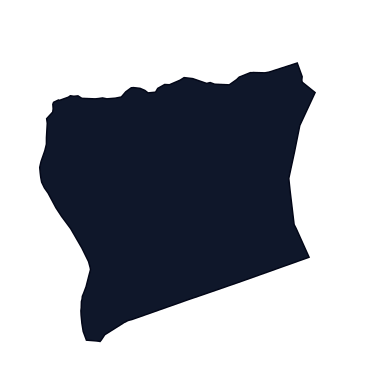 Reifi Wad Elhilaiw, Gedarif, Sudan, rotated 76°
{"feature_id": "16777658B67194501280165", "entity_name": "Reifi Wad Elhilaiw", "entity_type": "district", "adm_level": 2, "iso_a3": "SDN", "parent_name": "Sudan", "parent_adm1": "Gedarif", "projection": "mercator", "projection_center": [36.021, 14.605], "detail": "fine", "context": "isolated", "style": "filled", "palette": "ink", "viewbox_px": 384, "rotation_deg": 76, "n_neighbors": 0, "source": "geoboundaries", "source_scale": "gbopen_adm2", "svg_char_len": 1749}
<svg xmlns="http://www.w3.org/2000/svg" viewBox="0 0 384 384"><g transform="rotate(76 192 192)"><path d="M310.2,330.3L313.2,321.3L314.2,318.6L314.8,317.4L313.7,315.9L309.4,311.2L302.7,290.9L302.2,289.6L302.0,288.2L301.4,286.0L301.2,284.6L301.2,281.2L295.5,221.2L294.2,205.5L290.5,164.3L283.6,94.2L252.5,99.8L248.3,100.8L214.3,96.5L202.2,94.8L178.0,82.9L153.5,71.3L125.3,48.5L112.1,58.5L110.0,58.4L106.7,57.2L92.3,58.7L94.3,88.4L94.0,92.5L91.5,101.5L90.9,103.5L90.9,103.8L90.4,106.4L90.3,106.5L91.9,118.2L91.9,118.3L93.3,120.8L93.6,121.1L96.9,129.6L97.0,129.9L97.0,130.0L92.9,143.9L92.7,144.2L90.2,147.9L90.2,148.0L90.2,151.5L82.2,163.8L82.1,164.0L79.1,172.0L80.6,176.5L80.7,176.9L80.7,177.1L82.4,187.5L82.5,188.1L82.4,188.2L81.1,192.4L81.1,192.6L83.1,199.9L83.2,200.2L86.2,203.1L86.3,203.3L85.2,210.7L82.1,213.1L81.9,213.3L79.1,217.0L78.9,217.2L76.7,223.1L76.6,223.3L76.2,225.6L76.2,225.8L78.8,232.1L81.1,235.3L82.7,237.6L82.4,243.7L81.0,252.1L79.1,256.0L78.7,260.0L78.2,263.4L78.2,263.6L78.1,263.8L74.5,276.1L74.4,276.3L71.1,279.4L71.1,279.6L70.5,283.7L70.4,283.8L69.2,286.7L69.2,286.8L70.0,288.8L70.1,289.1L70.1,289.3L71.0,298.1L71.0,298.3L70.4,299.3L71.5,304.6L73.2,305.8L77.7,306.6L80.7,307.8L80.8,307.9L85.5,315.0L85.7,315.3L90.3,315.8L104.1,320.1L110.4,321.7L116.3,324.8L125.3,330.7L126.3,331.3L131.3,333.8L136.4,334.6L141.1,335.2L146.1,335.5L152.3,334.2L158.2,331.9L174.5,327.8L184.2,324.4L197.9,318.7L198.1,318.6L220.4,312.2L220.6,312.2L234.5,309.2L240.2,309.1L240.9,309.1L242.2,309.2L242.7,309.2L248.1,312.2L258.3,317.7L264.1,321.7L266.6,323.6L269.1,324.5L269.4,324.6L271.5,325.8L276.9,327.3L277.4,327.4L280.3,328.5L284.7,329.4L292.8,330.6L301.0,331.3L310.0,330.3L310.2,330.3Z" fill="#0f172a" stroke="#020617" stroke-width="1.5"/></g></svg>